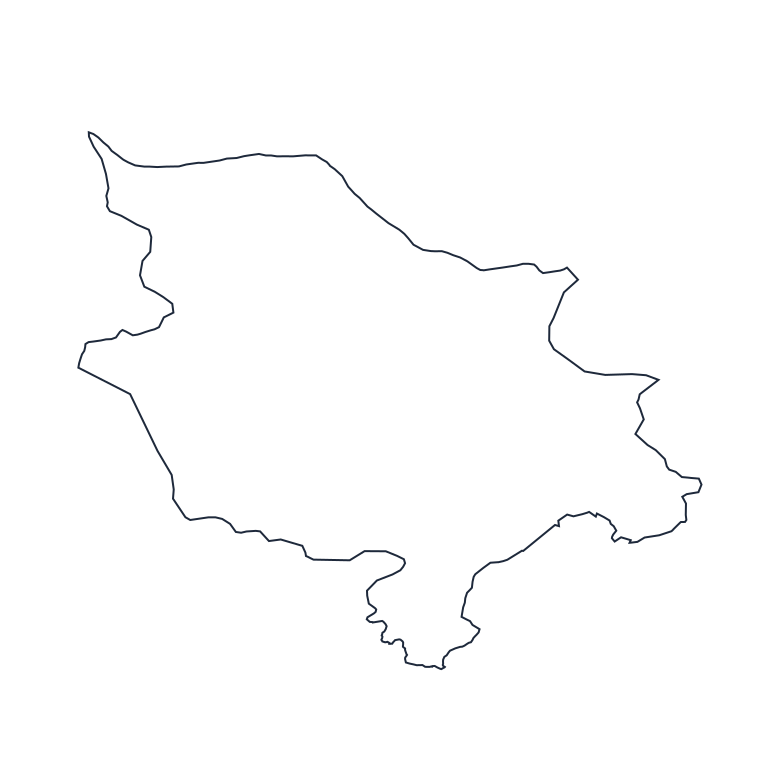 Ijebu East, Ogun, Nigeria, rotated 262°
{"feature_id": "59680162B17778966736574", "entity_name": "Ijebu East", "entity_type": "district", "adm_level": 2, "iso_a3": "NGA", "parent_name": "Nigeria", "parent_adm1": "Ogun", "projection": "equal_earth", "projection_center": [4.163, 6.811], "detail": "fine", "context": "isolated", "style": "outline", "palette": "slate", "viewbox_px": 768, "rotation_deg": 262, "n_neighbors": 0, "source": "geoboundaries", "source_scale": "gbopen_adm2", "svg_char_len": 5325}
<svg xmlns="http://www.w3.org/2000/svg" viewBox="0 0 768 768"><g transform="rotate(262 384 384)"><path d="M442.7,83.6L409.3,131.2L349.3,150.4L323.5,161.1L308.8,161.1L299.8,159.1L279.7,168.8L276.3,173.2L276.4,191.6L275.4,198.6L272.9,205.0L266.9,212.1L258.1,216.7L256.6,221.8L257.1,227.3L256.4,236.6L255.3,240.8L244.5,248.2L244.4,260.1L235.1,280.6L228.0,282.7L224.5,282.8L223.5,284.5L222.0,286.6L219.9,289.7L214.2,325.5L221.2,341.5L218.1,362.5L212.0,373.0L207.7,379.3L203.6,379.9L200.3,377.5L197.3,374.3L194.2,365.9L190.4,349.6L181.7,338.4L176.7,337.9L168.6,338.4L163.1,344.1L161.8,344.9L159.5,344.0L158.3,342.2L155.3,335.2L153.4,334.2L150.4,336.8L149.8,339.6L149.4,339.7L149.6,349.2L148.7,350.3L146.0,352.1L143.8,352.9L140.7,351.4L140.1,350.8L139.4,350.3L139.0,350.0L138.7,349.6L138.4,348.9L138.0,348.0L137.7,347.7L136.8,347.5L136.3,347.3L135.5,346.8L135.2,346.7L135.0,346.9L134.7,347.1L134.3,347.2L134.0,347.3L133.5,347.1L133.1,347.0L132.6,346.8L132.2,346.6L131.7,346.2L131.3,345.9L131.0,345.8L130.8,345.9L130.4,346.1L130.0,346.3L129.3,346.6L129.3,346.8L129.2,346.9L129.1,347.1L128.9,347.4L128.7,347.8L128.5,348.1L128.4,348.6L128.2,348.8L128.1,349.0L128.1,349.5L128.0,349.8L128.0,350.0L128.1,350.3L128.1,350.6L128.1,350.9L128.2,351.2L128.2,351.4L128.2,351.6L128.0,351.8L127.8,352.0L127.6,352.2L127.6,352.3L127.4,352.6L127.2,352.7L127.1,352.9L126.9,353.1L126.8,353.3L126.7,353.4L126.0,353.1L125.9,353.6L125.8,354.5L125.8,355.2L125.7,356.0L127.0,357.1L127.9,358.3L128.8,359.3L129.0,363.5L128.5,364.8L126.5,366.6L125.4,367.0L123.0,366.6L122.0,366.3L121.2,366.2L120.6,366.6L120.0,367.3L119.3,368.0L119.1,368.1L118.6,367.9L118.4,367.9L118.0,367.9L117.6,367.9L117.1,367.9L116.8,368.0L116.3,368.1L115.6,368.2L115.3,368.3L114.8,368.4L114.2,368.5L113.5,368.6L113.2,368.7L112.9,368.9L112.5,369.1L111.9,368.5L111.4,368.2L110.8,367.5L110.1,366.9L108.8,366.6L105.2,366.9L103.6,370.4L102.3,374.0L101.0,377.2L100.3,383.0L98.2,385.4L97.5,390.0L97.6,390.5L97.7,390.9L97.7,391.2L97.6,391.4L97.5,391.6L97.5,391.9L97.5,392.0L97.4,392.4L97.9,392.6L97.9,393.1L97.8,393.7L97.8,394.2L97.8,394.5L97.7,394.9L97.5,395.3L97.0,395.9L96.4,396.7L95.9,397.3L95.4,398.1L94.9,398.9L94.5,399.5L94.1,400.2L93.7,401.0L94.0,401.9L94.3,402.6L94.6,403.3L94.8,403.8L94.8,404.1L94.9,404.3L95.1,404.7L95.3,404.9L96.5,403.5L97.0,403.2L97.5,403.1L98.1,403.3L98.6,403.6L99.5,403.7L100.8,403.8L102.8,404.2L105.4,405.8L106.6,408.3L109.2,410.6L110.7,412.2L112.3,417.8L113.1,422.8L113.0,425.0L113.7,427.3L115.1,430.1L115.9,431.9L116.2,434.2L118.3,436.1L120.0,437.2L121.5,439.0L122.6,440.5L123.7,441.8L124.8,443.1L127.9,444.5L133.1,438.1L137.2,436.2L139.2,433.2L142.6,428.4L151.8,431.3L156.2,433.6L160.6,434.7L165.7,437.2L167.9,440.1L170.0,442.7L175.9,444.2L180.6,446.0L182.9,447.9L188.1,456.8L192.2,464.5L191.7,471.7L191.6,472.3L192.0,477.4L192.8,481.7L199.7,497.4L199.3,498.6L220.6,533.7L218.9,537.5L224.4,537.6L229.2,547.2L226.6,553.2L227.5,562.3L228.3,567.4L228.8,569.3L227.7,570.5L223.2,575.3L226.1,576.8L221.6,583.2L217.4,588.4L213.9,589.1L211.2,591.7L206.4,593.6L203.0,590.0L200.9,588.6L199.6,588.2L195.9,590.5L199.2,597.4L196.8,602.7L195.0,606.6L192.6,605.1L192.5,606.9L192.4,613.0L195.7,620.7L195.9,635.5L198.2,648.2L199.7,650.3L199.9,650.4L205.6,658.1L206.0,658.7L205.5,662.9L207.3,664.5L212.3,664.6L223.6,666.4L230.8,663.7L232.8,668.4L233.1,680.3L240.2,684.4L246.5,682.6L248.2,675.1L249.0,672.0L250.4,666.0L256.4,660.7L259.5,654.5L263.0,652.6L270.5,651.7L280.7,643.9L286.9,636.5L299.5,626.0L312.8,636.3L324.3,634.1L330.6,632.1L333.2,633.9L338.2,635.8L339.6,638.2L349.9,656.4L356.2,644.8L359.3,630.9L362.2,604.4L368.5,584.4L383.6,568.9L394.8,557.1L403.9,553.6L418.2,555.8L425.7,561.1L449.7,574.9L460.3,590.6L473.8,581.4L472.5,578.1L471.8,574.2L471.8,568.8L471.7,563.4L471.7,556.9L474.9,553.6L478.9,551.4L481.4,549.3L482.9,543.9L483.7,538.4L482.9,532.0L482.9,525.5L482.8,517.9L482.8,511.5L482.8,505.0L482.7,498.5L482.9,498.1L483.5,495.2L485.9,492.0L493.9,483.6L498.7,477.0L501.9,470.5L505.1,465.1L507.5,459.7L508.3,453.2L509.1,448.9L511.4,441.3L515.4,435.9L517.8,432.6L525.1,428.2L529.9,425.0L534.7,420.6L542.7,410.8L553.9,400.0L558.7,395.6L562.0,392.3L571.6,385.8L576.4,381.4L581.2,378.2L584.4,376.0L595.7,371.6L599.7,368.3L603.7,365.0L607.7,360.7L608.6,360.4L611.8,358.2L615.0,354.0L619.8,348.6L620.4,344.3L621.4,337.8L622.1,325.7L622.9,320.3L624.4,309.5L626.0,304.1L626.8,298.7L629.2,292.2L629.2,287.9L629.2,282.5L629.1,277.1L628.3,269.5L629.1,259.8L628.2,252.3L628.1,236.1L628.9,230.7L628.9,225.3L628.9,218.8L628.0,211.2L628.8,204.8L629.6,198.3L630.4,189.6L631.9,182.1L632.7,176.7L635.1,168.0L639.1,161.5L642.3,157.2L643.7,155.8L647.9,151.8L649.7,149.9L652.8,146.7L657.5,144.1L662.3,139.7L667.9,135.4L672.0,131.0L674.3,126.7L670.0,126.3L659.4,129.5L646.2,135.7L630.7,137.9L616.1,138.4L611.8,136.5L608.9,135.2L602.3,135.7L598.6,134.4L593.3,136.6L587.1,147.3L576.2,161.5L569.5,172.6L561.9,174.0L547.4,170.9L539.5,162.0L525.6,157.5L513.7,160.2L507.1,170.0L500.8,177.5L492.9,185.5L484.0,185.4L480.6,175.2L477.6,173.2L471.6,169.1L470.1,164.4L469.6,160.3L468.7,154.9L467.7,150.1L467.2,146.7L467.2,142.0L471.8,135.9L473.9,132.5L472.4,129.8L467.4,125.1L466.4,120.3L466.9,114.9L466.5,109.5L466.5,106.8L466.5,102.0L466.6,97.3L465.1,93.9L462.1,93.2L458.5,91.8L455.5,89.1L451.5,87.1L449.6,86.2L447.0,85.0L442.7,83.6Z" fill="none" stroke="#1e293b" stroke-width="2"/></g></svg>